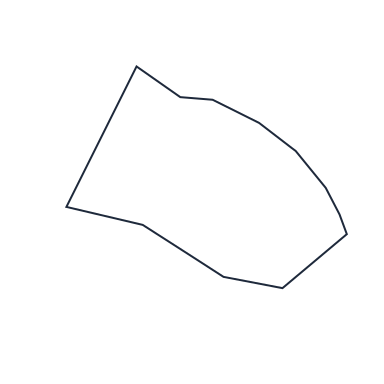 Al Bayda City, Al Bayda', Yemen (Natural Earth projection), rotated 140°
{"feature_id": "15242507B46514992266380", "entity_name": "Al Bayda City", "entity_type": "district", "adm_level": 2, "iso_a3": "YEM", "parent_name": "Yemen", "parent_adm1": "Al Bayda'", "projection": "natural_earth1", "projection_center": [45.571, 13.982], "detail": "fine", "context": "isolated", "style": "outline", "palette": "slate", "viewbox_px": 384, "rotation_deg": 140, "n_neighbors": 0, "source": "geoboundaries", "source_scale": "gbopen_adm2", "svg_char_len": 337}
<svg xmlns="http://www.w3.org/2000/svg" viewBox="0 0 384 384"><g transform="rotate(140 192 192)"><path d="M184.5,60.2L100.5,60.2L93.4,80.0L86.9,109.2L86.2,156.8L87.3,161.5L96.2,201.8L116.9,249.4L140.0,272.2L153.8,323.8L297.8,261.3L250.9,198.5L236.4,152.0L222.4,106.7L184.5,60.2Z" fill="none" stroke="#1e293b" stroke-width="2"/></g></svg>